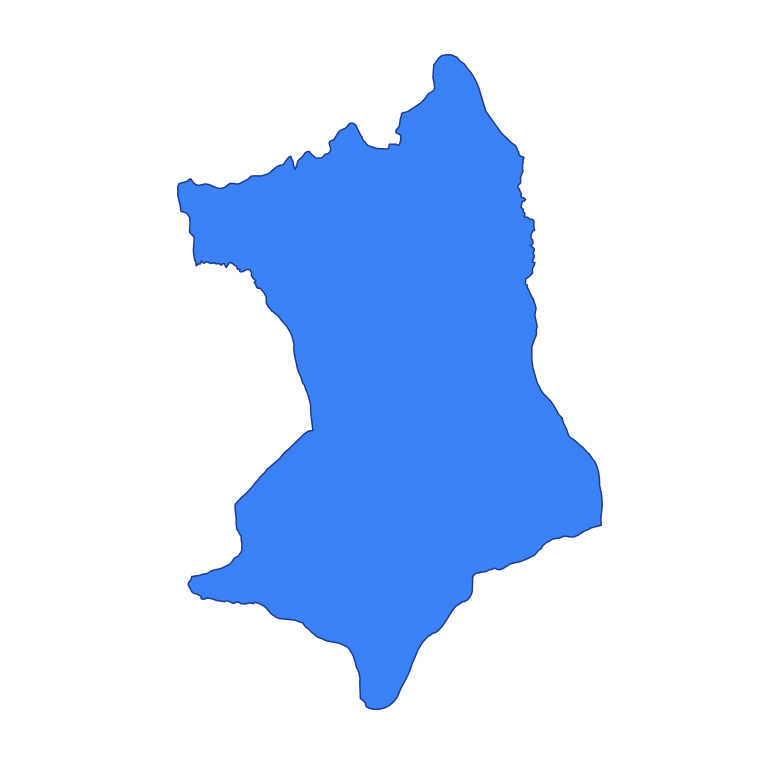 the district of Shieb, Semenawi Keyih Bahri, Eritrea, rotated 86°
{"feature_id": "51966322B10496032300276", "entity_name": "Shieb", "entity_type": "district", "adm_level": 2, "iso_a3": "ERI", "parent_name": "Eritrea", "parent_adm1": "Semenawi Keyih Bahri", "projection": "orthographic", "projection_center": [39.092, 15.818], "detail": "fine", "context": "isolated", "style": "filled", "palette": "blue", "viewbox_px": 768, "rotation_deg": 86, "n_neighbors": 0, "source": "geoboundaries", "source_scale": "gbopen_adm2", "svg_char_len": 6151}
<svg xmlns="http://www.w3.org/2000/svg" viewBox="0 0 768 768"><g transform="rotate(86 384 384)"><path d="M169.9,574.5L172.4,575.8L181.3,576.5L191.4,574.9L197.5,574.5L199.7,569.0L204.2,566.3L211.1,566.3L217.2,567.3L219.6,567.1L223.3,563.8L225.0,563.1L238.0,564.9L247.0,564.3L249.8,563.1L252.8,563.1L252.8,562.3L251.5,561.4L251.4,558.9L248.9,557.8L249.0,557.2L250.1,556.6L250.7,555.6L250.8,554.6L249.7,553.2L249.7,552.1L251.6,548.8L251.3,547.2L251.6,545.8L251.2,544.6L252.5,543.1L252.3,540.3L254.1,538.1L254.0,537.7L252.7,536.9L253.0,534.7L254.7,534.3L256.4,533.6L256.6,533.1L252.3,529.8L252.2,528.4L253.6,526.2L255.5,524.5L255.9,523.1L258.6,522.4L259.4,521.7L259.7,520.1L261.3,520.1L261.8,519.7L262.2,518.7L261.9,516.5L260.3,513.4L260.5,509.6L264.0,508.4L266.5,508.7L269.4,507.3L271.9,504.8L272.3,504.8L273.6,506.4L276.1,504.9L278.6,504.3L279.4,503.5L279.8,502.5L279.6,501.9L280.7,500.0L285.0,497.2L288.4,495.6L290.1,495.4L295.1,495.8L298.5,494.2L303.0,491.1L308.6,485.1L311.1,483.2L314.0,481.4L319.6,477.0L326.3,473.7L329.9,472.5L337.6,471.0L342.8,471.5L347.1,471.4L361.2,469.5L365.6,468.5L370.3,466.7L377.5,465.0L379.2,463.6L384.8,462.2L387.2,461.1L395.3,459.4L400.0,458.7L408.6,459.0L425.5,458.2L425.6,462.3L428.0,466.8L442.3,483.6L444.7,487.2L451.5,493.8L460.8,506.4L463.7,508.9L467.9,513.8L471.6,517.1L473.8,519.6L475.5,520.8L478.5,523.7L484.3,530.0L486.8,533.7L493.5,540.7L494.9,541.1L500.7,541.2L508.3,540.7L512.1,541.2L518.3,541.0L524.1,538.1L525.2,537.2L531.0,537.2L533.8,536.8L540.8,537.7L545.4,541.3L546.8,544.5L548.0,546.1L552.2,549.3L553.3,550.9L556.8,559.9L557.9,567.4L558.4,569.3L560.3,572.6L561.0,575.2L560.9,576.9L562.1,581.7L562.6,589.1L566.3,590.6L567.9,592.4L569.2,593.1L571.0,593.3L576.6,590.6L577.4,590.6L579.5,588.4L580.3,585.5L583.1,581.3L585.3,581.4L586.1,579.6L586.1,578.0L585.5,576.6L585.2,574.5L586.4,570.4L588.2,566.2L590.0,558.4L589.5,556.4L589.7,554.3L592.5,549.5L591.2,546.2L591.6,543.8L593.1,542.3L593.7,538.6L593.8,537.4L592.9,533.6L594.0,529.3L592.8,528.4L593.6,525.1L596.8,519.8L598.8,517.5L605.3,512.7L609.4,507.7L610.7,504.5L613.3,489.5L615.9,483.8L616.4,482.0L620.8,479.3L623.9,475.6L626.3,473.8L632.0,467.8L634.0,463.1L636.2,459.4L639.6,446.4L643.5,439.3L645.6,437.4L652.6,433.8L661.4,431.7L664.0,431.4L669.7,429.2L676.0,428.5L680.3,429.0L696.1,429.5L698.3,426.9L700.9,424.9L703.5,424.6L704.6,424.1L705.9,422.4L707.6,418.0L708.1,413.6L708.1,411.6L707.1,405.7L705.4,401.6L703.0,398.2L700.9,395.7L696.9,392.4L689.2,388.6L679.0,382.2L672.5,378.6L665.6,375.7L651.4,368.5L644.5,363.7L638.9,357.8L637.9,355.4L636.1,352.9L635.9,351.2L635.0,349.0L633.7,347.1L630.1,343.1L625.1,339.1L614.4,331.3L610.8,328.0L606.4,320.2L606.7,319.2L605.5,316.3L602.3,312.9L598.5,310.9L596.3,310.3L582.9,309.0L581.5,308.3L579.9,306.5L579.1,305.1L579.1,302.5L578.6,300.9L578.2,295.0L576.8,292.1L576.4,288.9L575.7,287.6L575.7,285.8L576.8,284.1L577.2,282.9L577.2,281.3L576.5,278.4L572.4,270.7L571.6,267.9L570.8,260.8L568.3,253.1L565.4,246.4L564.1,244.6L560.8,241.7L559.1,238.6L556.4,236.8L553.5,233.0L552.7,230.8L550.7,227.3L550.3,226.0L549.9,219.6L548.5,215.4L548.5,213.3L549.4,210.0L549.8,205.3L548.6,201.6L544.9,194.8L543.2,189.9L542.0,187.6L540.1,177.2L532.9,177.0L520.3,174.7L509.6,174.7L499.8,176.0L493.7,175.7L488.1,176.0L481.8,177.2L476.7,178.8L473.7,181.0L469.1,183.5L463.0,188.7L461.6,189.5L459.0,192.5L453.0,198.3L450.2,202.1L447.8,203.6L442.4,204.9L434.5,208.0L430.5,208.6L426.9,211.6L417.3,216.2L413.4,218.4L404.3,226.0L400.1,228.4L398.8,228.6L394.7,230.7L392.0,231.4L377.7,234.4L370.1,234.8L357.6,234.0L351.4,231.5L346.4,228.9L343.4,228.3L341.9,228.5L337.2,227.2L326.1,228.7L322.5,228.0L320.3,227.2L317.8,227.2L309.9,229.1L307.3,230.5L297.8,234.2L295.2,234.3L294.1,236.2L289.0,235.1L286.9,231.5L283.8,228.1L279.4,227.9L275.9,225.8L274.0,225.1L273.3,225.2L272.7,227.4L272.1,227.6L267.7,225.2L267.0,225.1L263.8,226.0L260.8,224.8L259.3,224.8L256.2,228.2L254.7,225.9L253.2,225.4L250.4,225.9L248.3,227.3L245.0,226.6L241.6,225.0L241.3,223.3L240.2,223.0L237.4,223.6L233.2,223.1L230.7,223.7L230.1,224.5L229.7,227.1L227.6,229.2L227.5,231.2L226.9,232.4L225.1,231.7L223.7,231.6L221.6,233.2L219.6,232.9L219.0,233.2L217.8,234.6L217.1,234.9L213.2,234.0L211.6,233.2L211.2,232.9L211.3,231.1L209.8,230.0L208.1,231.5L207.5,233.2L206.0,234.5L204.8,233.9L203.4,233.9L199.9,235.4L198.8,235.2L198.4,236.3L197.0,236.8L196.1,236.9L194.7,236.0L193.5,234.2L192.7,233.7L187.5,233.4L181.1,230.5L180.0,230.8L174.2,230.4L172.6,229.7L170.1,229.7L168.4,228.8L167.7,228.7L167.1,229.4L166.4,232.0L164.0,233.4L161.8,233.5L160.3,234.6L158.5,234.8L155.4,236.2L152.4,239.9L141.6,249.6L119.0,263.4L93.9,269.1L87.6,271.5L80.4,274.9L74.3,279.3L71.1,281.1L69.8,282.2L67.3,285.5L63.1,288.6L60.4,293.7L59.9,298.8L60.5,303.5L62.3,306.2L69.3,312.1L81.8,313.8L86.9,313.1L92.2,312.8L93.6,313.3L95.0,314.4L97.5,319.5L102.7,323.8L106.3,327.9L113.4,340.3L114.5,343.9L114.7,346.3L115.6,347.4L121.4,349.4L126.0,350.3L128.4,351.1L131.1,353.8L132.8,354.7L134.5,354.1L136.2,350.9L137.4,350.0L138.1,349.9L142.6,350.5L145.8,351.8L146.8,352.6L146.8,353.9L146.0,354.7L145.4,356.1L145.5,358.8L145.1,361.4L145.3,361.9L146.1,362.3L148.4,362.5L149.1,362.9L149.8,363.8L149.8,364.6L148.6,374.5L145.3,382.7L144.4,383.9L139.0,387.9L137.1,388.6L136.1,388.5L134.2,390.0L123.8,394.1L121.8,396.5L121.5,399.0L122.3,401.0L124.5,402.5L126.1,404.6L127.9,409.5L128.8,411.1L136.7,417.0L138.1,421.0L139.3,421.8L140.2,421.9L145.1,420.9L146.5,420.9L148.5,421.8L150.2,423.3L150.8,427.0L153.9,429.6L154.2,431.0L154.0,434.7L153.7,436.3L152.9,437.3L149.3,440.7L147.2,442.0L146.8,442.8L146.8,444.4L148.2,446.9L151.6,449.5L155.0,454.0L162.5,457.0L163.4,457.7L161.1,458.8L160.2,458.6L157.5,459.3L155.9,459.1L153.3,460.4L151.1,460.7L150.4,461.5L150.9,462.8L152.5,464.5L155.0,466.8L157.7,468.5L158.4,469.9L158.5,472.0L159.6,475.4L162.7,480.1L165.0,482.7L166.6,486.1L167.9,491.8L167.3,499.4L167.4,501.9L170.3,505.8L173.9,513.8L174.3,516.5L173.4,520.6L173.1,523.5L174.2,525.5L176.3,528.3L177.2,530.5L177.5,532.7L177.3,535.1L176.6,537.3L173.3,543.7L172.4,546.0L172.0,548.4L173.0,555.3L172.1,557.5L170.6,559.5L165.9,562.5L166.6,564.5L168.0,566.1L169.9,574.5Z" fill="#3b82f6" stroke="#1e3a8a" stroke-width="1.5"/></g></svg>